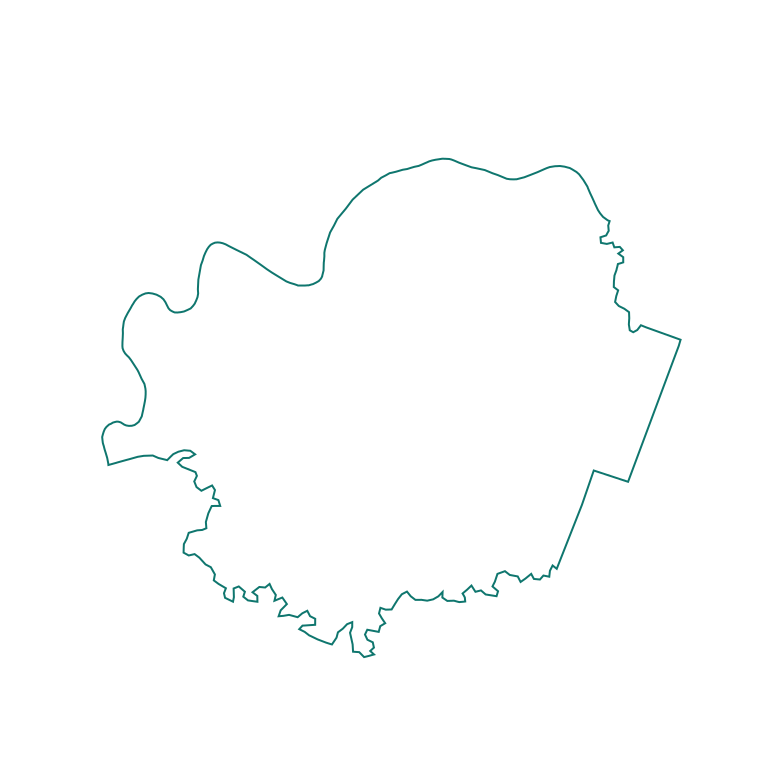 outline of San Ignacio, Misiones, Argentina, rotated 19°
{"feature_id": "61730980B35011682920753", "entity_name": "San Ignacio", "entity_type": "district", "adm_level": 2, "iso_a3": "ARG", "parent_name": "Argentina", "parent_adm1": "Misiones", "projection": "orthographic", "projection_center": [-55.4, -27.168], "detail": "fine", "context": "isolated", "style": "outline", "palette": "teal", "viewbox_px": 768, "rotation_deg": 19, "n_neighbors": 0, "source": "geoboundaries", "source_scale": "gbopen_adm2", "svg_char_len": 5793}
<svg xmlns="http://www.w3.org/2000/svg" viewBox="0 0 768 768"><g transform="rotate(19 384 384)"><path d="M454.1,648.7L458.4,645.9L461.1,644.0L462.6,643.0L457.9,640.9L460.3,636.5L459.9,635.9L457.5,631.9L451.6,631.2L447.6,627.1L448.2,621.8L459.7,620.1L459.6,618.8L459.3,614.2L463.0,609.8L461.9,609.0L458.3,606.3L454.0,602.6L453.5,596.8L459.1,596.8L462.8,595.4L464.6,594.7L465.9,588.7L467.3,582.8L469.3,577.0L473.3,572.8L478.4,576.0L484.0,577.9L489.6,575.9L495.4,574.8L500.6,571.6L504.5,567.1L507.1,561.6L508.7,566.9L514.5,568.5L520.7,566.1L524.2,565.9L526.2,565.7L530.2,563.9L531.6,563.2L531.2,562.3L529.9,559.5L528.5,558.2L526.5,556.5L529.6,551.3L532.3,546.1L538.1,550.7L542.9,547.6L548.6,549.9L549.2,549.8L559.5,548.0L559.3,542.8L552.5,540.1L552.8,537.6L553.2,534.8L553.1,526.6L559.3,521.6L565.1,523.6L573.1,522.4L577.6,526.7L581.1,521.9L585.0,515.6L589.2,519.5L595.1,518.1L597.1,513.2L603.0,512.4L601.7,506.6L602.5,500.7L607.5,502.5L610.5,433.8L610.5,431.8L610.5,397.5L646.6,397.0L648.3,329.9L648.3,329.6L649.9,266.5L650.3,252.0L650.0,245.6L649.5,245.6L613.5,245.1L607.8,244.8L605.9,250.5L602.8,253.9L598.9,253.2L596.1,247.9L594.5,242.0L592.3,236.3L586.7,234.6L580.6,233.8L575.8,231.2L575.0,225.2L574.9,219.2L569.7,217.5L567.9,211.8L567.7,210.8L567.3,209.2L566.6,206.4L566.7,200.6L566.5,199.0L566.4,197.2L566.1,194.4L568.5,192.7L570.6,191.1L568.9,186.2L563.1,184.4L566.3,179.8L562.3,177.6L557.3,179.8L554.1,175.8L549.1,179.0L546.6,179.4L543.2,179.9L540.9,174.8L543.3,173.0L545.7,171.2L546.2,168.0L546.6,166.0L546.5,165.8L544.4,161.1L544.4,160.1L544.3,156.5L542.2,156.4L536.7,154.7L532.8,152.3L529.7,149.9L524.4,144.5L523.8,143.8L520.6,140.4L516.7,136.4L512.9,132.2L512.3,131.4L511.9,131.0L506.1,126.2L500.2,122.2L496.8,120.8L496.6,120.8L492.1,119.8L489.3,119.3L487.1,119.5L484.0,119.7L479.4,120.6L474.6,122.5L470.1,124.9L467.7,126.8L465.8,128.5L460.2,133.7L454.2,138.8L449.3,142.9L445.5,145.4L442.8,147.2L439.7,148.4L436.4,149.4L433.2,150.0L430.1,149.8L423.6,149.4L418.0,149.4L413.1,149.1L409.6,148.9L405.4,149.4L401.2,149.9L396.2,150.6L390.2,150.5L382.8,150.3L377.9,149.9L374.6,149.8L372.5,150.0L369.0,151.0L365.8,152.0L362.2,153.9L359.7,155.2L356.7,157.0L354.2,158.8L352.1,160.8L351.5,161.3L348.3,164.3L345.8,166.5L342.1,168.7L339.0,170.9L335.9,173.2L332.0,175.3L326.2,179.4L322.6,181.7L320.7,182.8L317.8,186.1L314.2,189.9L312.1,193.6L301.0,207.1L294.3,219.9L290.8,230.7L287.1,240.4L286.1,243.1L285.1,250.6L284.6,253.3L283.7,258.3L283.8,263.3L283.8,264.3L283.9,269.6L284.4,276.5L284.9,279.4L285.7,281.7L286.0,282.5L287.2,287.1L287.5,288.7L287.6,289.0L288.3,291.3L289.9,296.3L290.4,302.2L290.5,302.4L290.1,304.9L288.8,307.9L286.8,310.2L284.3,312.7L283.2,313.4L280.7,315.2L279.6,315.6L277.5,316.5L273.6,317.9L270.6,318.9L269.5,318.8L269.4,318.8L266.5,318.8L262.4,319.0L258.3,318.8L253.8,317.8L246.9,316.3L241.6,315.1L235.9,313.6L229.0,311.5L223.5,309.9L220.4,309.0L217.1,308.1L211.9,306.6L201.3,305.3L192.4,304.1L188.8,303.5L185.7,303.4L182.9,303.7L180.6,304.3L178.2,305.4L176.3,307.1L174.8,308.8L173.7,311.3L172.9,314.1L172.4,317.7L172.1,321.6L172.3,326.5L172.2,331.2L174.5,345.8L177.0,354.4L177.1,354.8L177.7,356.3L178.8,358.9L179.4,362.7L179.2,366.8L179.1,367.3L178.9,369.6L178.2,371.8L178.0,372.4L176.6,375.5L175.3,376.8L174.4,377.7L171.7,380.2L171.2,380.6L168.3,382.3L165.3,383.7L162.7,384.5L160.3,384.3L157.8,383.8L155.6,382.6L153.1,380.2L150.8,377.9L147.9,375.7L144.5,374.3L139.9,373.6L135.7,373.8L131.8,374.6L129.0,376.0L126.2,378.4L125.3,379.5L124.6,380.2L123.8,381.2L122.3,384.3L121.3,387.1L120.6,390.4L120.3,391.4L119.7,395.0L118.6,400.4L117.8,405.7L117.7,409.6L118.3,412.8L118.7,414.6L119.2,417.3L120.6,421.0L121.8,425.0L123.1,429.6L124.3,433.3L125.2,435.3L127.0,437.5L129.3,439.4L131.7,440.7L134.1,441.8L136.8,443.6L139.9,446.0L146.3,451.0L147.7,452.3L148.3,452.9L153.0,457.9L157.5,462.0L159.9,466.0L161.0,468.4L162.1,471.7L162.9,474.7L163.5,477.9L164.0,481.4L164.4,484.4L164.6,486.0L164.7,486.3L165.0,489.2L165.5,493.5L164.5,499.5L163.2,501.6L161.5,504.0L159.0,505.7L156.2,506.7L153.8,507.1L151.6,507.0L150.6,506.7L149.6,506.5L147.6,506.0L145.3,506.1L143.7,506.5L142.2,507.4L140.3,508.7L138.8,510.5L137.2,511.9L135.5,515.0L134.7,517.4L134.5,520.3L134.6,523.3L134.8,525.9L135.9,528.3L137.3,531.2L138.4,532.8L139.1,533.7L141.2,536.9L143.2,539.6L146.4,544.1L149.1,548.8L149.8,550.3L156.5,545.7L157.3,545.1L165.6,539.4L167.4,538.2L174.9,533.0L180.3,530.1L188.7,526.9L194.7,527.4L203.3,526.6L203.8,526.6L206.0,522.0L207.6,518.9L211.6,515.0L216.6,511.7L222.6,510.2L228.3,512.0L223.8,517.3L222.8,517.7L218.2,519.4L214.9,525.0L214.6,525.5L220.2,528.0L234.4,528.7L237.0,531.8L236.4,537.2L236.3,537.9L237.1,538.8L240.3,542.5L246.1,544.4L250.3,540.1L254.5,535.9L258.7,539.3L259.4,547.6L265.2,547.7L268.8,552.6L260.9,555.4L260.8,555.6L260.0,563.5L260.1,565.2L260.5,572.5L263.0,578.2L260.3,580.6L259.6,581.2L255.0,583.2L247.8,588.3L247.9,594.4L247.8,595.1L247.7,595.8L246.9,600.5L247.9,603.9L249.4,608.7L255.2,609.7L260.3,606.5L265.9,608.3L274.0,612.7L279.9,613.6L286.1,619.1L287.0,625.1L292.7,626.9L301.0,628.6L300.8,633.9L303.2,637.7L303.3,637.9L312.1,639.0L311.5,634.5L310.1,630.8L308.4,626.3L312.6,622.7L320.1,625.7L320.2,630.9L325.6,632.8L325.8,632.9L331.2,631.9L335.2,631.1L333.2,625.6L330.7,624.8L327.5,623.7L332.2,616.5L337.9,615.1L340.9,610.3L344.8,614.4L350.4,618.7L351.0,624.6L357.4,619.0L363.8,623.7L361.7,628.1L360.0,631.6L360.0,636.0L360.0,637.9L364.3,636.0L369.4,633.2L378.3,632.6L381.4,627.4L385.3,623.4L389.7,627.6L395.4,628.4L397.3,634.1L390.9,636.8L388.3,637.9L385.6,639.0L383.7,643.4L389.7,644.2L395.3,646.1L396.0,646.1L404.4,647.1L413.4,647.4L418.0,647.3L419.6,647.2L419.9,646.0L421.7,639.3L421.3,633.8L424.7,628.8L427.3,623.1L431.5,619.5L433.1,624.2L432.9,630.3L439.1,640.4L441.9,647.2L447.9,645.6L454.1,648.7Z" fill="none" stroke="#0f766e" stroke-width="2"/></g></svg>